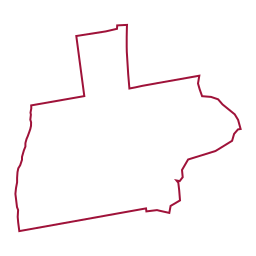 'Eua fo'ou, Eua, Tonga (Natural Earth projection)
{"feature_id": "48082658B68963423411416", "entity_name": "'Eua fo'ou", "entity_type": "district", "adm_level": 2, "iso_a3": "TON", "parent_name": "Tonga", "parent_adm1": "Eua", "projection": "natural_earth1", "projection_center": [-174.959, -21.373], "detail": "fine", "context": "isolated", "style": "outline", "palette": "rose", "viewbox_px": 256, "rotation_deg": 0, "n_neighbors": 0, "source": "geoboundaries", "source_scale": "gbopen_adm2", "svg_char_len": 1005}
<svg xmlns="http://www.w3.org/2000/svg" viewBox="0 0 256 256"><path d="M31.2,105.4L31.3,108.3L30.8,111.0L30.5,112.7L30.9,114.7L30.3,119.7L31.1,122.3L31.0,125.9L30.3,129.0L29.2,132.2L27.7,136.3L26.6,138.8L26.2,140.2L25.6,142.3L25.4,143.4L25.4,146.6L23.9,150.3L22.0,156.9L22.0,159.8L20.2,165.2L18.3,168.3L17.5,172.1L17.1,177.8L17.1,182.3L16.0,188.1L15.4,193.9L17.0,207.1L18.1,210.0L17.7,216.9L18.2,222.6L19.3,231.1L124.7,212.2L146.0,208.4L146.4,211.4L157.0,210.1L159.0,210.6L169.3,212.9L170.6,205.9L180.0,200.4L179.2,190.4L178.3,182.7L176.5,180.5L179.7,181.1L182.7,177.2L182.0,170.0L188.1,159.5L215.5,151.0L232.1,140.8L234.1,133.9L238.0,129.4L240.6,129.0L238.1,119.9L234.7,114.3L222.5,104.4L218.1,99.3L211.0,96.9L202.1,96.2L199.6,89.1L198.0,83.5L199.3,75.7L156.4,83.3L156.0,83.4L142.5,85.8L135.2,87.4L129.4,88.5L128.2,74.3L126.8,51.8L126.7,46.9L126.7,36.9L126.9,27.0L127.0,24.9L117.2,25.4L117.0,28.8L105.8,31.4L76.3,36.0L80.3,66.1L84.3,96.1L31.2,105.4Z" fill="none" stroke="#9f1239" stroke-width="2"/></svg>